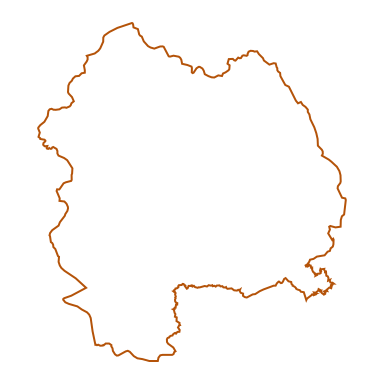 Na Duang, Loei, Thailand (Albers equal-area conic projection)
{"feature_id": "78962969B28379819304677", "entity_name": "Na Duang", "entity_type": "district", "adm_level": 2, "iso_a3": "THA", "parent_name": "Thailand", "parent_adm1": "Loei", "projection": "albers", "projection_center": [102.034, 17.538], "detail": "fine", "context": "isolated", "style": "outline", "palette": "amber", "viewbox_px": 384, "rotation_deg": 0, "n_neighbors": 0, "source": "geoboundaries", "source_scale": "gbopen_adm2", "svg_char_len": 5883}
<svg xmlns="http://www.w3.org/2000/svg" viewBox="0 0 384 384"><path d="M175.5,351.3L173.3,347.5L168.1,343.7L167.0,342.0L166.9,339.3L167.6,338.0L169.3,337.4L169.5,336.6L170.8,335.8L172.5,335.5L173.0,334.4L174.6,333.1L175.3,332.9L176.0,333.6L177.4,331.9L179.4,331.8L179.5,331.2L179.7,330.0L178.0,327.5L179.2,325.3L180.0,325.1L179.4,323.9L179.5,322.9L176.5,321.1L176.7,317.4L174.9,316.7L175.4,314.1L174.6,312.9L173.9,309.7L173.2,309.3L174.5,308.9L174.2,308.4L174.7,307.7L175.6,307.7L176.0,304.7L177.2,304.6L177.3,303.1L176.1,302.6L175.2,301.5L175.0,299.6L175.6,298.3L175.2,297.5L175.8,296.7L175.1,294.4L175.6,293.1L173.5,291.4L174.5,291.2L174.0,290.3L175.4,289.1L175.5,288.5L177.5,288.1L177.7,287.4L178.4,287.1L178.4,285.8L178.9,285.2L181.7,285.0L182.6,283.9L183.6,284.0L184.1,284.9L185.0,285.3L184.9,285.9L185.4,286.1L185.2,286.5L186.8,288.7L187.6,288.3L188.6,285.9L191.4,286.0L191.5,285.4L192.4,285.5L192.6,286.5L194.0,285.9L195.0,287.1L197.7,287.8L198.6,287.3L199.7,287.4L204.7,286.0L207.0,286.5L208.7,285.2L211.1,285.7L212.3,285.2L212.8,286.2L214.4,285.8L215.7,286.6L216.7,285.6L219.5,285.4L220.5,286.4L222.4,286.2L223.4,287.4L225.2,287.5L226.0,287.1L226.2,287.8L227.4,288.8L231.6,288.4L234.1,290.3L237.0,290.6L238.2,289.8L239.1,290.2L240.1,289.5L239.6,290.9L240.7,292.8L243.1,293.6L243.0,295.8L244.8,297.1L246.8,297.5L252.7,294.4L255.2,294.1L259.7,291.2L263.6,289.4L273.6,285.7L275.6,285.7L276.8,283.4L278.6,281.6L279.1,281.6L280.8,283.1L281.8,283.0L282.9,281.7L284.2,278.9L285.6,278.1L288.5,281.3L291.2,282.0L291.5,283.9L292.7,285.1L292.6,285.7L294.6,286.7L295.9,287.9L296.0,288.6L297.4,289.5L299.8,290.2L300.8,291.7L303.8,292.2L306.3,300.1L307.0,298.6L311.6,295.1L312.0,294.4L313.2,294.3L313.6,295.2L315.5,294.5L315.0,294.0L316.1,293.6L314.6,293.3L314.1,292.5L315.6,292.7L318.1,290.8L318.6,289.1L320.2,290.0L319.7,290.9L320.0,291.4L321.3,290.8L321.1,292.1L321.9,293.1L323.3,294.1L323.9,293.8L324.1,294.5L324.9,294.1L325.2,293.8L324.7,293.1L325.4,292.3L324.2,291.4L325.7,290.7L327.2,291.0L326.6,289.9L329.4,287.5L331.2,288.2L331.8,285.8L330.9,286.1L330.9,285.1L332.6,284.6L332.9,283.6L333.7,283.6L332.5,282.7L331.7,283.0L330.3,282.4L330.2,281.3L329.5,280.7L329.9,279.9L328.1,280.7L328.5,278.2L327.8,276.4L326.3,275.7L326.0,271.7L325.0,272.1L325.0,271.0L323.9,269.4L324.1,268.9L321.0,269.3L320.5,268.9L320.2,269.9L321.2,269.9L320.4,271.3L321.0,271.7L320.5,272.5L320.7,273.0L319.7,273.7L317.9,273.7L316.9,274.4L317.1,275.0L315.7,275.7L316.3,274.2L315.5,273.6L314.9,274.2L313.8,272.3L313.0,271.8L312.1,269.6L312.2,268.5L311.2,267.9L311.8,267.3L311.0,267.0L310.7,265.6L310.1,265.6L309.2,264.7L308.9,265.5L308.3,265.3L308.2,266.2L307.6,266.6L307.0,266.2L306.1,266.5L305.6,265.4L307.3,264.4L309.2,261.8L310.0,259.7L313.5,258.9L316.9,256.6L324.6,255.3L327.6,251.7L329.9,250.9L330.6,248.4L332.8,246.6L333.4,244.4L333.6,239.6L333.2,238.8L332.2,240.0L328.2,233.4L329.9,229.6L329.2,226.7L330.3,226.0L335.5,227.4L340.6,226.7L340.8,220.0L341.9,216.3L344.1,214.5L345.8,200.0L345.3,198.4L342.0,197.7L337.6,188.4L337.9,186.2L340.3,183.0L340.7,181.4L340.5,175.2L339.4,171.1L336.9,166.8L331.4,161.7L328.8,159.6L321.9,155.6L322.8,153.8L322.7,151.4L321.8,149.7L317.9,145.7L317.6,138.9L316.3,133.2L314.3,127.3L310.4,119.3L309.4,114.5L307.8,111.9L307.8,109.6L305.5,106.9L302.7,104.9L300.9,102.0L298.0,103.3L295.9,100.7L288.9,86.7L285.3,85.0L283.4,81.6L280.4,76.1L280.1,72.9L278.1,71.5L277.3,70.1L277.3,68.2L276.6,67.1L275.7,63.5L273.7,63.2L269.4,64.6L263.9,60.5L263.0,58.2L258.9,54.1L257.1,51.3L254.5,51.6L253.1,51.0L250.6,50.8L248.6,51.7L247.6,53.8L247.6,55.0L246.7,55.8L243.7,55.3L242.4,55.7L240.9,58.1L239.4,58.2L238.2,57.6L235.5,60.6L234.4,60.4L232.8,58.9L228.8,59.1L227.5,63.7L229.6,65.3L229.3,69.2L228.5,70.3L225.5,72.4L223.0,73.5L222.0,76.0L218.3,75.4L214.3,77.5L211.6,77.3L208.4,76.1L204.8,74.2L203.7,70.6L202.4,68.5L199.8,66.9L198.6,66.9L196.5,68.3L193.6,72.7L192.7,73.1L191.8,72.4L191.9,67.9L191.5,66.6L187.4,65.0L182.1,63.8L181.3,59.7L180.2,57.8L178.8,56.7L173.5,55.7L170.0,56.6L168.7,56.3L163.7,46.8L162.6,46.4L160.1,46.5L154.3,48.6L150.5,47.5L148.0,46.1L143.8,41.4L141.8,36.6L140.1,35.6L139.2,34.4L137.9,29.1L133.5,27.4L133.1,24.4L132.6,23.3L132.0,23.0L117.4,27.9L109.5,31.9L104.4,35.5L103.3,37.5L103.2,41.7L100.2,48.4L98.3,50.8L94.7,53.5L86.8,55.8L87.6,57.2L87.6,59.5L86.7,61.5L83.9,65.4L84.8,70.1L84.8,72.7L81.6,73.3L79.1,75.9L75.4,76.3L72.9,78.6L71.8,80.8L69.6,82.9L68.4,85.6L68.0,92.1L68.6,93.5L72.0,97.1L73.8,101.3L71.4,103.3L70.7,105.3L69.7,106.4L66.4,107.8L65.0,107.4L62.0,107.6L59.5,109.3L55.8,109.8L53.5,109.7L51.6,108.8L49.7,109.3L48.4,110.9L47.7,116.1L44.4,121.8L40.2,125.2L38.3,127.6L38.2,128.6L39.8,132.6L38.5,136.9L40.2,138.2L40.3,139.0L44.5,139.7L45.4,140.6L45.3,141.3L43.5,143.0L43.2,144.5L43.5,145.3L44.9,146.3L47.3,146.0L46.6,147.9L47.0,148.6L48.2,148.9L49.2,148.0L50.4,148.8L51.5,148.7L52.2,147.5L53.2,147.0L56.5,148.9L57.4,151.0L57.4,153.5L58.5,155.6L64.1,158.0L67.2,160.2L72.4,168.3L72.1,173.6L71.6,174.9L71.7,179.8L71.2,180.9L65.8,182.3L63.6,183.3L59.6,189.1L59.1,189.5L57.1,189.3L56.6,191.0L59.7,198.3L59.5,200.9L64.4,201.5L66.5,203.7L67.9,206.9L68.0,208.4L67.4,210.9L65.3,214.1L64.8,215.8L59.9,222.2L58.6,225.6L52.2,230.2L50.1,233.0L49.5,235.4L50.0,236.1L50.9,242.1L52.2,243.0L53.1,244.6L53.4,247.1L55.3,249.0L58.0,256.1L59.0,256.8L58.6,261.9L59.8,265.5L61.3,267.9L64.5,270.8L75.7,278.3L86.1,287.8L71.3,295.7L64.2,298.2L63.3,298.9L63.2,299.7L65.3,302.3L68.9,303.9L77.4,306.4L81.8,309.5L87.0,312.3L89.2,314.6L90.7,318.0L92.6,331.4L95.4,344.8L96.0,344.6L97.0,345.2L98.2,344.7L100.2,345.7L102.5,345.6L103.2,345.0L103.7,345.3L105.7,343.5L109.1,343.5L111.4,345.1L111.3,346.3L112.5,348.3L112.9,350.9L115.0,354.3L116.8,355.6L118.4,355.4L125.7,351.4L127.8,350.8L129.8,351.8L133.8,356.1L137.4,358.3L142.4,359.1L149.3,361.0L157.8,361.0L158.5,357.6L160.3,355.3L162.4,354.9L172.1,354.9L173.5,354.1L174.3,352.0L175.5,351.3Z" fill="none" stroke="#b45309" stroke-width="2"/></svg>